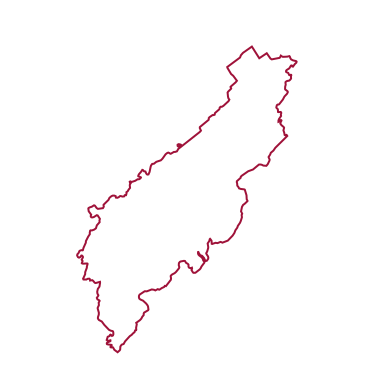 outline of Kostroma, rotated 318°
{"feature_id": "RUS-2356", "entity_name": "Kostroma", "entity_type": "Region", "adm_level": 1, "iso_a3": "RUS", "parent_name": "Russia", "parent_adm1": "", "projection": "natural_earth1", "projection_center": [43.479, 58.454], "detail": "fine", "context": "isolated", "style": "outline", "palette": "rose", "viewbox_px": 384, "rotation_deg": 318, "n_neighbors": 0, "source": "natural_earth", "source_scale": "10m", "svg_char_len": 6022}
<svg xmlns="http://www.w3.org/2000/svg" viewBox="0 0 384 384"><g transform="rotate(318 192 192)"><path d="M37.3,245.7L38.5,245.0L39.6,243.6L40.0,242.8L39.9,242.2L38.9,240.8L38.1,238.9L37.9,232.1L38.3,227.9L37.2,224.9L37.3,223.6L37.6,222.8L38.5,222.0L40.6,220.8L42.0,219.4L44.0,215.4L44.5,214.9L47.1,213.8L48.6,211.8L50.5,211.1L50.6,210.5L49.9,208.5L50.4,207.0L53.1,206.3L53.4,205.9L53.7,204.3L54.8,202.7L57.2,201.0L59.9,200.4L62.9,198.0L63.5,197.2L59.5,195.2L59.0,194.3L59.1,191.9L58.9,190.8L57.0,189.6L57.8,188.4L57.7,187.7L56.4,186.7L54.8,186.3L52.8,184.4L53.0,183.6L57.6,181.6L59.0,180.1L63.2,177.9L63.8,177.2L66.3,175.6L66.4,175.2L66.2,174.9L63.0,172.3L62.5,171.5L62.5,171.1L64.5,170.1L64.7,168.5L67.2,167.6L67.7,166.9L67.7,165.7L67.3,165.2L65.3,165.6L64.1,165.2L63.7,164.2L64.1,162.4L65.1,161.6L66.6,161.5L69.1,160.5L70.9,161.2L71.7,162.2L72.0,162.2L74.0,160.9L79.2,158.6L80.3,157.5L85.0,155.7L87.8,155.0L88.8,153.8L90.4,152.6L90.9,152.6L91.9,153.6L94.2,154.5L96.3,154.7L99.0,153.1L103.2,152.6L104.1,151.3L105.6,150.3L106.2,146.3L105.7,145.5L102.2,144.9L100.9,144.2L100.3,143.5L100.3,142.7L100.6,142.1L101.9,141.4L102.3,137.3L103.8,135.0L104.4,134.7L105.7,135.0L107.7,135.9L110.2,136.3L110.4,136.5L110.7,137.2L110.4,140.2L110.8,141.6L115.0,144.4L116.6,143.9L117.5,142.5L117.8,142.3L124.6,142.0L126.8,141.1L129.4,141.2L130.8,141.7L131.8,142.6L132.5,144.0L131.7,145.2L132.6,146.3L134.0,146.8L135.8,146.9L136.4,147.4L137.2,148.8L138.4,149.7L138.8,149.9L139.7,149.4L140.3,149.5L140.9,150.2L142.2,149.4L143.1,148.3L144.7,148.4L146.6,147.8L148.7,147.5L150.3,145.3L151.0,144.8L152.5,144.4L152.1,143.6L152.6,142.7L153.2,142.8L153.6,143.7L154.4,144.4L157.4,145.7L160.0,146.1L160.9,146.9L161.5,147.2L162.8,147.3L163.4,147.2L163.8,147.0L163.8,146.7L162.7,144.7L162.6,144.4L163.0,143.9L164.4,143.3L167.6,142.9L169.9,142.3L170.2,142.7L170.2,144.5L171.1,145.6L170.4,147.5L170.3,148.6L170.5,149.2L171.4,149.8L173.9,148.7L178.1,145.6L179.3,144.9L181.2,144.5L182.6,145.5L185.7,145.7L190.0,147.6L192.3,147.5L197.6,146.3L199.5,146.4L200.7,146.8L201.2,147.8L201.5,149.1L201.9,149.4L205.3,150.1L206.4,151.0L208.0,151.7L210.7,150.8L238.0,152.6L239.7,152.4L240.6,149.6L241.3,149.0L252.6,149.5L253.2,149.1L253.9,148.3L255.0,148.1L258.8,148.6L259.7,149.4L260.6,149.7L261.7,148.8L262.2,148.7L267.6,148.8L268.3,148.5L269.1,147.8L269.8,147.8L270.3,147.8L271.1,148.6L273.0,149.0L280.0,148.9L281.6,148.3L281.7,146.9L282.5,145.3L285.0,141.9L286.0,141.6L290.1,141.4L290.5,141.2L290.9,139.7L291.4,139.6L297.8,139.7L299.8,139.4L300.4,133.2L300.0,130.5L301.4,123.5L301.8,122.7L317.7,124.2L319.8,123.1L323.0,122.7L333.8,124.0L331.5,137.6L340.4,138.9L339.6,145.3L340.0,146.8L346.8,150.9L347.4,150.9L349.3,150.1L349.5,151.3L350.0,152.4L353.3,155.1L355.3,156.2L355.3,156.8L354.6,158.5L354.4,159.8L355.1,161.7L356.9,164.3L357.0,164.8L356.9,165.2L356.0,165.7L354.2,165.7L350.9,166.4L350.6,166.0L351.0,165.2L350.7,164.6L350.1,164.3L347.0,165.2L344.0,164.7L343.2,164.8L342.5,165.4L342.3,166.0L343.2,167.9L342.5,170.1L342.7,170.5L343.9,171.0L344.1,171.3L344.0,171.6L343.1,172.1L341.5,174.0L339.8,174.3L338.6,174.2L337.1,173.2L336.0,172.9L335.1,172.9L334.6,173.3L333.4,175.0L331.8,176.0L330.1,177.7L329.9,178.2L330.4,181.0L330.3,181.5L329.9,182.0L328.3,182.6L324.6,182.9L321.4,184.1L315.6,185.1L314.9,185.0L314.1,184.3L313.1,184.3L311.3,185.5L311.0,186.4L311.2,187.4L311.1,188.0L309.5,190.1L309.8,190.6L311.5,191.9L311.4,192.7L311.1,193.1L309.8,193.9L309.1,195.1L305.4,196.0L304.0,196.8L303.2,197.7L304.3,198.1L305.8,197.8L306.3,198.1L306.4,198.6L306.3,198.8L304.5,199.5L303.4,200.3L303.2,202.2L303.6,205.0L303.4,205.9L301.2,207.4L300.2,209.7L299.0,211.6L299.2,212.2L300.4,212.7L300.5,213.3L300.3,214.1L283.5,214.9L280.2,215.7L276.8,215.6L275.1,216.5L272.4,217.2L272.1,217.6L271.5,219.7L270.6,220.5L266.9,222.0L264.8,222.3L262.7,220.1L262.1,218.5L261.4,217.5L260.1,216.4L252.4,216.1L247.7,214.2L239.7,213.2L238.5,213.3L237.6,214.0L232.6,214.0L231.9,214.6L231.3,215.8L229.9,217.6L229.8,219.4L229.4,220.8L230.4,222.5L232.5,224.9L232.8,225.6L230.3,230.9L227.8,234.0L227.4,235.6L227.1,235.9L223.5,236.0L221.3,235.8L219.2,236.5L215.5,239.2L214.8,241.7L213.5,242.3L212.2,244.2L209.0,246.1L207.1,247.0L203.3,247.9L201.8,248.8L198.6,249.5L196.1,250.8L193.0,251.6L186.1,252.1L180.7,250.0L180.2,248.8L179.7,248.1L176.8,247.1L175.5,245.5L172.2,244.1L172.0,243.7L173.9,241.3L174.1,239.6L174.1,238.9L173.7,238.9L172.0,240.0L169.2,240.7L167.3,243.7L166.5,244.5L163.4,246.4L161.6,247.0L161.2,248.0L160.8,250.6L160.2,251.7L159.3,252.5L157.0,253.0L156.1,252.5L156.1,251.3L156.8,249.0L156.8,246.4L156.6,245.7L155.8,244.7L156.1,242.4L156.8,240.1L155.3,241.8L154.9,242.8L154.9,244.1L155.5,247.0L155.3,248.8L154.5,250.5L154.5,252.3L153.8,252.8L149.2,253.7L147.3,254.5L146.0,254.7L140.5,254.3L139.0,253.0L138.9,252.4L139.4,249.7L140.8,249.0L141.3,248.2L140.0,247.7L139.2,246.3L139.4,245.2L140.8,243.6L140.8,242.6L140.2,240.6L140.6,238.6L140.0,237.8L137.0,236.0L136.2,235.8L134.7,236.1L133.2,237.5L132.3,239.4L131.2,240.0L126.7,240.7L124.8,240.7L122.1,240.0L120.4,240.0L119.9,240.2L118.6,242.2L117.5,243.1L109.6,244.5L109.0,243.6L107.6,243.9L105.4,243.2L102.5,242.8L102.2,242.6L101.6,241.3L98.9,240.6L98.3,239.2L96.9,237.5L92.0,235.6L90.4,234.1L84.4,233.2L83.1,233.7L82.2,234.6L81.5,235.9L81.7,237.3L82.9,240.0L83.3,244.2L83.1,246.6L82.7,247.7L81.0,250.2L80.3,250.5L75.7,249.6L74.8,250.0L73.6,251.2L71.7,251.4L69.6,252.2L67.6,252.4L63.0,251.9L62.5,253.3L59.5,255.6L58.5,257.0L58.0,257.3L57.1,256.8L55.5,257.7L53.2,257.6L51.7,257.8L49.3,257.5L42.4,258.2L39.4,259.2L38.0,258.5L36.8,258.5L35.4,258.9L33.2,261.0L32.4,261.3L29.5,261.3L28.7,257.3L29.3,254.8L29.2,254.3L28.1,253.6L27.6,252.9L27.7,252.6L29.7,252.2L29.9,251.8L27.5,249.0L27.0,248.2L27.1,247.8L27.6,247.3L28.3,247.1L31.1,248.1L31.8,248.1L32.1,247.6L30.1,246.5L29.6,244.9L32.5,243.2L34.4,243.9L35.2,243.4L35.9,243.4L36.2,244.0L36.2,245.4L37.3,245.7ZM213.0,147.2L214.1,147.5L214.9,148.5L215.4,149.4L215.4,150.2L214.8,150.5L212.2,148.9L212.1,148.3L212.3,147.9L213.0,147.2Z" fill="none" stroke="#9f1239" stroke-width="2"/></g></svg>